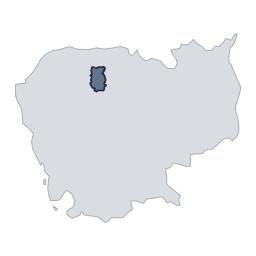 location of Svay Leu, Siemréab, Cambodia
{"feature_id": "14789045B56730119052608", "entity_name": "Svay Leu", "entity_type": "district", "adm_level": 2, "iso_a3": "KHM", "parent_name": "Cambodia", "parent_adm1": "Siemréab", "projection": "orthographic", "projection_center": [104.313, 13.682], "detail": "fine", "context": "in_parent", "style": "filled", "palette": "slate", "viewbox_px": 256, "rotation_deg": 0, "n_neighbors": 0, "source": "geoboundaries", "source_scale": "gbopen_adm2", "svg_char_len": 5781}
<svg xmlns="http://www.w3.org/2000/svg" viewBox="0 0 256 256"><path d="M236.2,33.5L236.9,35.9L235.2,40.5L233.4,44.6L229.9,48.3L229.7,51.0L228.6,58.9L229.1,61.4L230.0,63.6L231.1,64.7L234.3,72.5L237.2,79.5L240.1,85.3L240.6,89.0L238.2,98.3L235.3,106.9L235.6,111.2L237.0,115.4L238.4,121.1L239.0,128.4L238.3,133.1L237.0,136.1L234.5,139.1L232.2,140.7L229.5,138.2L227.3,138.1L224.4,138.9L222.2,140.1L217.6,144.6L212.5,148.9L205.4,150.1L202.7,153.4L199.7,153.8L194.1,154.0L190.4,154.8L190.6,156.4L190.3,164.0L190.4,165.8L189.9,166.3L187.3,166.5L183.0,165.4L177.1,163.6L173.0,163.3L170.9,166.6L169.6,167.9L168.0,168.1L166.4,168.7L165.8,170.2L165.7,172.1L166.5,175.2L166.8,180.2L166.6,183.7L168.2,185.8L177.2,193.0L179.8,194.8L180.1,195.9L178.6,199.9L180.0,205.4L177.2,205.4L172.5,203.0L170.3,201.6L167.6,202.7L166.6,202.5L164.8,199.8L162.4,197.0L159.9,196.9L154.7,198.0L149.4,198.8L147.3,198.8L146.5,199.3L143.4,203.5L142.1,202.7L136.8,201.2L131.9,200.6L130.8,201.7L131.5,205.1L132.5,208.4L131.9,209.8L129.2,211.5L125.7,214.7L123.5,217.1L122.0,217.7L116.5,217.6L111.1,218.0L109.0,220.3L107.0,222.1L105.2,222.5L98.1,216.9L84.1,214.9L82.6,212.3L81.2,211.8L79.9,215.1L72.2,218.2L69.0,216.3L66.7,214.0L67.0,211.2L69.3,208.9L73.1,207.3L74.9,201.5L72.0,194.2L69.4,192.0L66.7,190.3L63.9,193.0L61.5,197.7L59.0,200.1L55.5,200.6L50.4,200.4L48.4,193.4L47.8,187.4L48.5,180.5L49.3,176.5L44.4,170.8L44.1,165.5L41.8,162.7L41.0,164.1L41.1,165.6L40.4,164.5L32.7,148.8L31.5,141.5L32.8,135.9L33.6,134.1L31.4,131.1L28.3,127.7L22.7,123.3L22.4,116.3L21.2,108.2L19.6,105.4L17.1,100.3L15.7,96.1L15.4,85.1L16.1,84.2L20.0,83.9L25.1,83.2L25.9,81.4L25.0,79.9L28.2,77.4L32.9,72.0L36.5,66.3L39.1,62.7L40.6,59.1L45.8,54.1L53.0,50.6L57.9,49.8L62.9,48.6L67.8,46.9L70.1,46.8L76.1,48.8L79.3,49.4L82.7,49.3L86.2,49.6L89.3,49.4L96.7,47.9L104.5,49.1L111.5,48.2L120.1,46.5L124.3,47.5L128.2,49.2L128.8,52.5L129.6,54.1L130.9,55.3L132.7,55.2L134.9,52.9L136.7,50.5L137.3,50.0L137.4,51.2L138.3,53.8L140.0,56.4L141.6,58.1L144.4,60.4L146.2,60.5L152.1,58.3L161.0,61.4L162.0,62.9L164.9,66.1L168.0,68.4L174.9,68.5L177.4,62.8L176.1,59.4L172.2,53.5L171.1,50.0L172.3,49.4L179.0,48.6L180.0,47.9L181.5,44.1L183.3,44.5L187.0,45.0L190.9,42.3L193.2,39.5L194.4,40.8L195.8,42.7L197.3,43.8L200.2,45.4L203.3,47.8L205.2,50.0L206.8,50.9L210.7,50.2L211.8,50.3L214.1,47.5L215.6,46.0L217.0,46.4L219.0,46.3L223.1,42.7L225.4,39.4L226.7,38.5L230.4,40.1L231.9,39.7L233.9,35.2L236.2,33.5ZM45.8,184.1L45.0,184.5L44.3,184.5L43.6,183.9L43.7,181.4L44.2,179.8L45.5,179.5L45.8,184.1ZM57.4,209.0L55.9,210.7L53.4,207.2L53.4,206.2L57.4,209.0Z" fill="#d9dde1" stroke="#a8b0b8" stroke-width="1"/><path d="M105.0,67.9L104.9,68.0L104.7,68.1L104.6,67.9L104.6,67.7L104.4,67.5L104.4,67.4L104.2,67.3L104.0,67.2L103.8,67.0L103.7,67.0L103.6,66.9L103.5,67.0L103.4,66.9L103.2,67.0L102.9,67.0L102.7,67.0L102.6,66.9L102.4,66.9L102.2,66.9L102.1,67.0L101.9,67.2L101.9,67.3L101.6,67.3L101.4,67.2L101.2,67.1L100.5,67.2L100.2,67.2L99.9,67.2L99.7,67.1L99.4,67.0L99.1,67.1L98.9,67.1L98.7,67.2L98.6,67.3L98.4,67.2L98.2,67.1L97.9,67.2L97.8,67.3L97.6,67.4L97.4,67.5L97.2,67.8L96.8,68.0L96.7,68.0L96.4,68.2L96.2,68.4L95.9,68.3L95.5,68.3L95.3,68.2L95.0,68.0L94.9,67.8L94.7,67.6L94.4,67.4L94.1,67.2L93.7,67.1L93.4,67.1L92.7,67.1L92.1,67.2L91.8,67.3L91.7,67.3L91.7,67.7L91.7,68.0L91.7,69.1L91.7,69.3L91.4,69.5L91.2,69.7L91.2,69.9L91.1,70.1L91.2,70.8L91.2,71.0L91.5,71.4L91.6,71.5L91.6,72.0L91.4,72.3L91.7,73.5L91.7,74.2L91.9,74.5L91.6,74.7L91.3,74.8L90.8,75.0L90.4,75.2L90.3,75.3L90.4,75.6L90.5,75.8L90.5,76.0L91.2,76.2L91.3,76.2L91.4,76.5L91.5,76.6L91.7,76.9L91.7,77.0L91.8,77.2L91.8,77.4L91.7,77.9L91.7,78.1L91.6,78.3L91.3,78.7L91.1,79.1L90.9,79.2L90.8,79.4L90.8,79.5L90.8,80.5L91.2,81.0L91.3,81.2L91.4,81.4L91.4,81.5L91.3,81.9L91.3,82.3L91.2,82.5L90.9,82.7L90.5,82.7L90.4,82.8L90.3,83.5L90.2,84.1L90.9,85.3L91.2,85.4L91.2,85.5L91.3,85.5L91.3,85.8L91.4,86.0L91.6,86.2L91.8,86.5L91.8,86.9L91.9,87.0L92.0,87.1L92.2,87.4L92.2,87.5L92.3,87.8L92.5,87.9L92.8,87.9L93.0,88.0L93.3,88.1L94.0,88.1L94.3,88.0L94.7,88.2L95.1,88.5L95.0,88.8L94.5,89.3L94.4,89.3L94.3,89.5L94.4,90.8L94.5,91.0L95.0,91.0L95.4,91.0L95.6,91.0L96.0,91.0L96.5,91.6L96.8,91.6L97.0,91.5L97.1,91.3L97.3,91.1L97.4,90.8L97.5,90.7L97.9,90.5L99.2,90.5L99.5,90.5L100.5,90.5L100.8,90.4L101.8,90.4L101.9,90.5L102.3,90.7L102.5,90.8L102.9,90.7L103.2,90.6L103.7,90.3L103.9,90.2L103.9,89.8L103.9,89.7L104.0,89.6L104.0,89.4L104.0,89.2L104.3,88.8L104.3,88.7L104.1,88.7L104.1,88.4L104.1,88.2L104.1,87.9L104.1,87.7L104.2,87.4L104.3,87.3L104.3,87.2L104.6,87.0L104.6,86.9L104.8,86.8L104.9,86.7L105.0,86.7L105.2,86.3L105.2,86.2L105.3,85.9L105.5,85.9L105.9,85.7L106.0,85.7L105.9,85.7L106.1,85.6L106.2,85.4L106.3,85.2L106.4,84.9L106.5,84.9L106.0,84.8L105.5,84.8L104.5,84.7L104.4,84.7L104.3,84.4L104.5,84.3L104.5,84.2L104.4,84.0L104.3,83.9L104.3,83.7L104.2,83.5L104.2,83.4L104.1,83.2L104.1,82.9L104.3,82.7L104.5,82.5L104.8,82.4L105.0,82.3L105.1,82.2L105.1,81.9L105.1,81.7L105.2,81.4L105.3,81.2L105.2,81.2L105.3,81.1L105.5,80.7L105.7,80.4L105.7,79.8L105.7,79.7L105.4,79.5L105.3,79.4L105.2,79.3L105.2,79.1L105.2,78.8L105.3,78.7L105.4,78.4L105.3,78.1L105.2,77.9L105.2,77.5L105.0,77.2L104.9,76.9L104.7,76.7L104.4,76.4L104.4,76.2L104.5,76.0L104.6,75.9L104.6,75.7L104.5,75.4L104.4,75.3L104.2,75.2L103.9,75.0L103.8,74.9L103.7,74.6L103.7,74.3L103.6,74.2L103.5,73.9L103.4,73.8L103.3,73.6L103.2,73.6L102.9,73.6L102.7,73.7L102.4,73.7L102.2,73.5L102.2,73.4L102.3,73.3L102.5,73.0L102.6,72.9L102.6,72.5L102.7,72.4L102.8,72.3L103.0,72.4L103.2,72.1L103.2,71.9L103.3,71.8L103.6,71.7L103.6,71.4L103.8,71.3L103.9,71.2L103.6,71.0L103.7,70.7L103.8,70.5L103.8,70.2L104.0,70.0L104.4,70.1L104.7,70.1L104.8,70.0L104.8,69.9L104.7,69.8L104.3,69.5L104.3,69.4L104.4,69.2L104.5,69.1L104.9,68.8L105.0,68.7L105.1,68.1L105.0,67.9Z" fill="#64748b" stroke="#1e293b" stroke-width="1.5"/></svg>